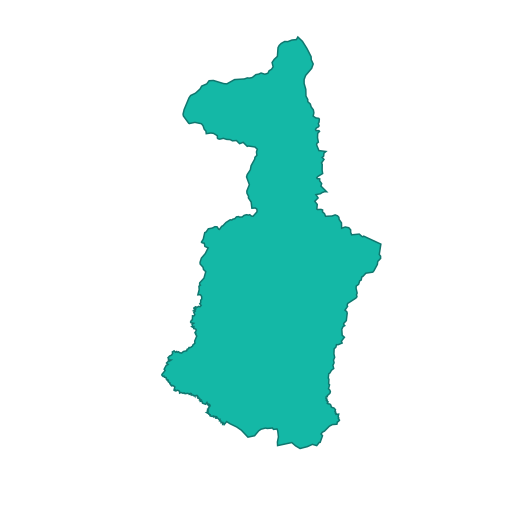 outline of Huai Khot, Uthai Thani, Thailand, rotated 74°
{"feature_id": "78962969B62353479912268", "entity_name": "Huai Khot", "entity_type": "district", "adm_level": 2, "iso_a3": "THA", "parent_name": "Thailand", "parent_adm1": "Uthai Thani", "projection": "natural_earth1", "projection_center": [99.561, 15.292], "detail": "fine", "context": "isolated", "style": "filled", "palette": "teal", "viewbox_px": 512, "rotation_deg": 74, "n_neighbors": 0, "source": "geoboundaries", "source_scale": "gbopen_adm2", "svg_char_len": 6126}
<svg xmlns="http://www.w3.org/2000/svg" viewBox="0 0 512 512"><g transform="rotate(74 256 256)"><path d="M452.6,253.7L455.0,249.9L452.6,246.5L452.8,245.7L447.1,241.6L445.0,242.5L443.7,240.8L443.2,238.4L439.8,232.4L439.1,229.0L440.0,224.6L437.9,223.5L437.8,222.4L436.8,221.0L435.0,221.7L434.5,221.1L433.2,221.4L430.8,220.1L430.3,222.7L429.4,222.4L428.8,223.0L428.0,222.4L427.2,223.0L425.7,222.0L423.7,222.9L422.1,225.2L419.8,225.2L418.6,225.9L418.0,227.4L417.1,228.1L416.1,226.9L414.9,227.8L414.3,227.3L413.8,228.1L413.0,227.3L412.1,228.0L410.7,227.3L410.9,226.2L410.0,226.1L408.4,222.9L407.0,221.9L405.3,222.0L403.6,222.9L400.1,220.8L398.9,221.4L394.6,219.9L393.3,220.2L389.2,218.5L388.8,217.2L386.6,214.9L385.6,212.3L382.3,212.2L380.2,210.4L377.4,210.2L375.1,208.3L371.6,208.1L366.8,206.5L365.6,204.3L363.4,203.1L363.9,201.6L363.4,197.2L361.4,197.4L358.5,193.4L355.9,195.0L350.0,193.7L347.8,191.7L347.4,189.9L345.9,190.6L345.0,190.3L343.0,187.0L336.1,184.1L334.5,184.1L332.6,185.4L329.6,181.8L328.5,182.0L326.9,181.0L324.0,171.6L323.0,170.2L321.0,170.1L319.5,169.0L314.5,168.7L312.5,167.9L311.5,165.2L308.4,163.1L308.1,161.5L305.3,160.1L305.1,158.9L302.8,155.1L303.7,148.2L302.7,146.7L297.6,141.7L294.8,140.5L292.7,136.9L290.5,136.3L288.5,137.1L279.0,132.7L266.6,147.0L267.0,148.0L266.4,148.8L263.4,150.7L262.0,158.2L259.4,158.5L257.0,157.8L254.4,159.0L252.7,162.2L252.9,166.0L247.7,164.7L243.8,166.0L241.6,165.7L239.8,166.6L238.3,168.6L238.5,172.0L237.0,178.2L234.1,178.5L232.0,179.9L230.1,179.3L229.1,180.7L228.3,184.0L227.6,184.6L223.3,182.9L219.6,184.4L217.3,180.3L213.5,181.5L213.9,177.0L213.2,174.7L213.1,172.2L213.7,170.4L206.7,174.3L204.5,172.9L201.3,174.1L199.4,173.5L198.6,175.7L197.6,176.1L196.6,174.7L195.1,169.2L191.8,168.8L186.2,167.1L184.6,167.4L181.9,164.0L179.5,165.3L178.6,163.4L175.9,162.4L174.8,160.0L172.0,166.5L165.9,167.1L164.5,166.5L163.8,164.7L159.3,164.3L155.1,162.9L153.7,160.6L152.8,161.0L152.1,163.6L150.7,163.9L149.6,162.7L149.1,160.5L148.3,159.5L145.8,159.6L144.7,158.5L141.9,157.4L141.0,157.7L139.7,160.5L137.3,162.5L134.3,160.9L131.3,160.6L127.8,161.9L124.9,161.9L121.9,163.7L119.8,163.1L116.1,163.9L109.5,162.2L103.4,162.2L99.6,161.1L96.1,158.5L91.0,150.8L87.2,148.1L82.6,148.8L79.5,148.1L70.4,149.9L62.4,152.2L57.0,155.4L59.1,157.5L58.3,161.9L58.7,166.4L57.7,169.3L58.6,173.2L60.0,175.7L61.8,177.4L70.0,180.4L72.0,184.3L74.4,187.2L78.9,187.4L80.8,189.6L81.5,192.3L83.6,194.2L83.7,197.4L81.5,200.7L81.9,203.3L81.6,206.1L83.4,210.4L83.2,213.3L82.4,215.3L82.6,218.4L80.5,228.0L82.5,236.6L81.4,239.5L75.5,248.6L74.6,252.8L77.0,255.9L77.7,261.4L80.0,263.7L82.8,269.3L83.7,274.6L85.5,276.8L95.4,284.7L99.5,287.0L101.4,287.2L109.8,284.1L110.3,283.6L110.7,277.9L113.8,272.0L116.1,271.0L120.0,270.8L122.1,269.7L124.7,270.1L125.3,265.6L126.4,263.0L129.7,260.0L132.0,260.6L133.0,260.0L133.7,258.6L133.9,254.9L135.8,252.1L137.0,248.7L138.8,246.9L139.6,243.0L143.5,240.8L143.2,237.0L148.2,234.2L148.2,232.9L150.9,227.0L153.7,225.3L156.1,226.9L159.5,227.4L160.8,229.8L162.5,230.5L167.8,235.8L171.6,237.7L175.3,242.0L177.4,243.3L185.6,242.7L191.0,246.9L193.2,247.4L196.6,246.7L198.0,247.3L202.8,245.8L208.9,246.8L209.7,243.4L211.1,242.3L212.9,242.5L213.9,243.0L217.0,247.9L216.4,249.4L214.6,250.6L214.6,252.0L213.7,253.7L213.7,256.3L214.7,258.5L214.1,261.2L213.3,261.8L213.0,264.0L214.3,266.1L214.2,268.1L214.7,269.3L214.1,270.9L215.5,275.6L217.8,279.5L218.0,280.8L220.4,283.8L220.0,284.5L217.2,285.4L216.5,287.4L217.1,290.3L216.7,294.3L219.2,297.4L219.4,298.8L225.3,302.1L227.6,304.6L228.5,304.1L229.5,302.2L232.7,302.5L235.0,299.8L239.7,304.1L243.0,309.1L246.6,311.5L248.3,311.9L252.3,310.0L254.5,310.2L257.2,308.6L262.9,312.1L266.3,317.5L267.5,318.0L268.7,317.5L269.3,319.2L272.7,319.9L277.3,322.6L277.9,320.1L279.9,319.4L282.4,320.0L283.2,321.3L285.7,322.1L286.4,323.2L288.4,322.3L289.3,323.8L288.6,325.1L289.1,326.6L288.1,328.3L288.7,328.7L288.8,330.0L289.6,330.2L290.3,328.5L291.1,329.3L291.5,331.1L292.4,329.9L293.1,331.3L295.6,331.0L296.5,332.4L296.0,333.5L299.8,334.8L300.0,335.8L301.4,337.1L302.2,336.9L303.5,334.5L304.1,336.3L306.1,336.2L306.2,337.2L307.0,336.5L306.9,335.2L308.6,335.9L309.6,334.1L310.9,333.8L313.0,335.9L313.7,335.1L314.6,335.6L316.6,335.0L320.9,338.4L323.0,338.8L324.1,341.2L325.1,341.8L325.9,344.1L325.5,345.7L326.4,346.2L326.7,348.0L328.0,348.7L327.8,352.1L328.8,354.3L327.9,356.1L326.7,356.8L326.8,358.2L325.9,358.5L326.3,359.9L324.6,360.9L325.2,362.9L326.5,362.9L328.0,364.5L328.3,366.6L329.6,368.7L330.6,368.3L331.6,368.8L332.6,366.3L333.2,368.3L333.0,369.3L334.2,371.5L336.0,370.5L336.4,372.5L339.5,375.5L341.0,374.9L343.9,379.1L344.8,379.3L346.2,378.5L346.1,377.6L347.3,377.4L348.1,375.9L349.5,376.2L350.5,375.1L350.9,375.5L351.3,374.7L352.5,375.1L354.5,373.6L354.9,374.0L356.9,373.3L357.0,372.6L357.7,372.7L357.8,371.3L359.5,370.1L362.1,371.7L362.4,370.8L362.9,371.3L363.7,370.2L363.3,368.8L364.2,367.3L365.3,366.9L366.7,367.2L366.5,365.8L367.9,363.9L367.7,362.9L368.8,362.2L369.2,359.4L370.2,358.4L370.1,357.5L370.6,357.8L370.6,356.7L371.5,356.6L371.0,356.0L372.0,355.9L372.6,354.4L373.1,354.5L373.4,353.5L374.1,353.3L373.5,353.0L373.7,351.2L374.9,350.6L375.1,351.2L376.1,351.0L376.7,350.2L376.9,350.7L378.0,349.3L378.9,349.9L379.3,348.5L380.4,349.5L380.8,348.0L382.7,348.0L384.6,345.4L383.3,343.6L384.7,343.6L384.4,343.1L385.0,342.7L386.1,343.1L386.6,342.3L386.0,341.6L386.5,341.4L387.3,341.4L387.0,342.7L388.2,342.4L389.0,343.6L389.5,343.6L389.8,344.6L390.7,344.3L390.9,345.2L391.9,344.8L392.1,345.6L392.8,345.6L392.8,346.7L393.7,345.9L393.5,345.2L394.9,345.1L395.1,344.4L396.1,344.3L396.1,343.8L397.1,344.1L398.2,342.3L398.0,341.2L399.2,340.9L398.8,339.9L399.8,339.4L399.3,338.7L399.6,338.2L400.1,338.0L400.9,339.0L401.3,337.5L403.1,336.5L403.2,335.7L404.4,336.5L405.0,335.3L406.7,335.5L406.8,333.9L408.5,334.4L408.1,333.2L409.3,333.1L407.1,329.8L410.0,327.3L415.0,321.7L419.4,318.1L427.9,313.7L428.4,306.9L424.8,301.6L423.9,298.9L424.0,294.3L424.9,292.7L425.9,287.6L427.5,287.0L428.1,283.5L430.1,283.3L436.1,284.3L440.7,286.7L444.2,287.5L445.2,273.0L449.4,270.3L453.2,266.7L453.4,259.1L452.6,253.7Z" fill="#14b8a6" stroke="#0f766e" stroke-width="1.5"/></g></svg>